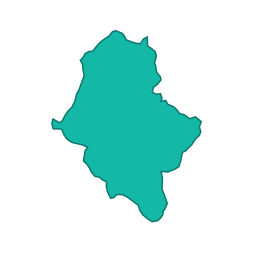 Vargem, São Paulo, Brazil, rotated 345°
{"feature_id": "56859067B88697914200534", "entity_name": "Vargem", "entity_type": "district", "adm_level": 2, "iso_a3": "BRA", "parent_name": "Brazil", "parent_adm1": "São Paulo", "projection": "albers", "projection_center": [-46.413, -22.894], "detail": "fine", "context": "isolated", "style": "filled", "palette": "teal", "viewbox_px": 256, "rotation_deg": 345, "n_neighbors": 0, "source": "geoboundaries", "source_scale": "gbopen_adm2", "svg_char_len": 1575}
<svg xmlns="http://www.w3.org/2000/svg" viewBox="0 0 256 256"><g transform="rotate(345 128 128)"><path d="M170.1,45.0L165.5,46.3L162.0,49.8L158.1,48.4L153.9,45.9L148.9,42.2L148.4,38.5L147.1,35.2L141.3,30.8L137.9,31.0L133.3,34.4L128.3,35.9L123.0,38.2L118.0,41.5L113.9,44.6L109.9,44.0L106.0,45.0L102.9,48.1L99.5,50.3L100.6,54.7L99.7,59.4L99.3,65.9L94.1,73.3L90.7,78.3L87.0,82.1L83.8,88.1L79.2,93.4L74.1,96.4L70.5,99.5L66.3,104.1L63.2,105.3L57.9,99.9L55.6,103.9L55.6,109.5L59.3,110.5L63.5,111.8L64.6,118.5L66.1,122.6L68.7,126.1L71.3,128.1L79.5,132.4L84.1,136.3L80.7,138.9L78.2,144.4L76.5,148.2L79.1,152.7L80.4,156.6L80.9,159.9L82.1,163.2L83.7,166.3L87.4,167.9L90.0,171.6L93.4,174.5L92.0,178.5L91.7,183.4L92.2,187.4L93.1,191.4L96.1,191.6L100.1,189.4L105.0,190.8L108.4,193.4L112.0,197.6L114.7,201.3L118.0,205.3L118.1,210.3L119.9,215.8L123.3,220.6L127.0,224.7L132.4,225.2L136.1,223.5L139.0,221.0L140.5,217.5L143.2,215.2L146.4,211.0L146.1,206.4L145.7,201.3L145.0,196.0L146.8,190.2L148.4,184.9L148.7,178.6L151.7,179.5L155.1,180.9L158.3,180.2L161.9,180.1L167.2,178.5L170.3,173.6L172.5,169.1L174.5,165.5L177.7,165.1L181.3,162.8L185.0,160.8L187.8,158.3L191.2,155.5L194.6,153.9L197.2,150.7L197.3,145.2L200.4,140.9L196.0,134.7L189.9,135.0L185.6,129.6L181.5,127.5L180.2,123.5L177.6,119.4L172.5,115.3L171.6,111.2L166.8,110.8L168.5,108.3L168.2,103.2L164.4,102.9L160.7,99.9L163.3,95.0L167.3,93.7L172.3,90.1L172.5,86.8L171.1,83.9L170.1,80.9L170.8,75.6L170.5,71.6L172.5,68.9L174.0,65.6L174.0,61.3L171.6,57.7L168.2,54.0L170.1,45.0Z" fill="#14b8a6" stroke="#0f766e" stroke-width="1.5"/></g></svg>